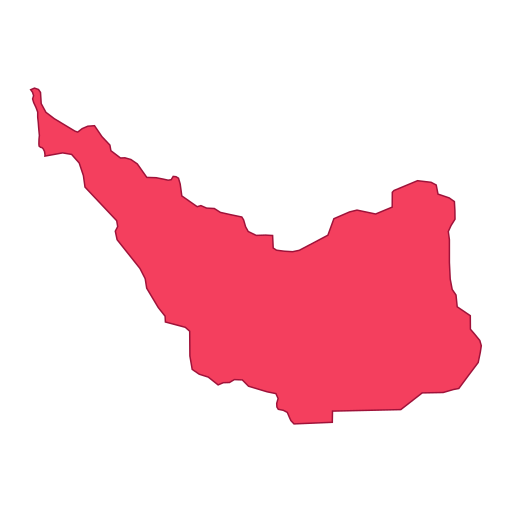 outline of Sarandí Grande, Florida, Uruguay
{"feature_id": "84410073B88525432493969", "entity_name": "Sarandí Grande", "entity_type": "district", "adm_level": 2, "iso_a3": "URY", "parent_name": "Uruguay", "parent_adm1": "Florida", "projection": "albers", "projection_center": [-56.374, -33.707], "detail": "fine", "context": "isolated", "style": "filled", "palette": "rose", "viewbox_px": 512, "rotation_deg": 0, "n_neighbors": 0, "source": "geoboundaries", "source_scale": "gbopen_adm2", "svg_char_len": 1859}
<svg xmlns="http://www.w3.org/2000/svg" viewBox="0 0 512 512"><path d="M30.7,89.7L32.5,92.2L33.6,95.7L32.6,98.9L33.7,102.6L36.0,107.5L37.7,112.1L37.7,116.0L37.7,117.2L38.3,122.8L38.6,127.1L39.0,131.5L39.3,134.7L39.4,135.2L39.0,139.3L38.9,144.1L39.1,146.1L40.6,147.3L42.0,147.6L43.2,148.8L44.5,151.4L45.0,154.7L44.9,156.1L62.6,152.9L71.6,154.4L79.2,163.0L83.4,175.6L85.0,187.1L116.7,220.7L117.7,226.6L115.3,231.2L117.1,239.7L140.0,268.5L145.2,278.7L146.7,288.2L158.3,307.6L165.1,316.2L165.4,322.0L185.3,327.3L189.7,331.2L189.9,356.0L192.2,369.4L199.2,374.2L208.3,377.1L218.1,384.9L223.3,382.7L229.5,382.5L234.3,379.6L242.3,379.9L248.5,386.2L267.1,391.8L275.9,393.6L278.1,398.5L276.7,403.4L276.9,407.0L278.3,409.3L283.3,410.3L287.3,412.4L289.6,417.8L290.9,420.6L294.0,423.9L332.3,422.3L332.5,411.1L400.8,409.6L422.2,392.9L443.2,392.5L453.5,389.5L458.8,388.5L469.1,374.6L478.2,362.5L480.3,352.3L481.3,345.7L479.8,340.5L474.6,334.1L470.4,329.2L470.3,315.7L457.2,306.8L456.0,295.0L452.2,289.5L450.2,279.0L449.4,262.5L449.4,239.7L448.3,231.5L451.0,225.6L455.0,219.2L454.9,210.6L454.4,201.6L449.2,197.9L438.0,194.1L436.2,185.0L431.1,182.3L417.5,180.7L394.0,190.5L392.3,192.3L392.2,207.1L375.6,214.0L357.0,210.1L349.6,211.9L333.9,218.7L327.9,235.2L299.3,250.3L292.6,251.7L284.3,251.2L276.5,250.2L273.2,248.0L272.6,235.5L265.5,235.1L256.2,235.4L248.2,231.5L245.6,226.8L243.6,219.9L241.8,217.0L230.3,214.6L220.4,212.4L214.3,208.5L206.6,208.1L200.9,205.6L197.2,206.7L181.8,195.9L180.2,184.1L178.5,178.2L176.0,176.7L173.2,176.4L171.2,179.7L168.2,180.2L163.3,179.1L156.1,177.7L146.8,177.4L137.3,163.9L130.9,159.5L124.9,157.8L120.5,158.0L110.9,150.7L109.9,145.1L101.9,136.6L94.5,125.7L87.8,126.2L82.2,128.6L77.7,132.1L74.9,131.1L67.4,126.6L54.3,118.7L45.9,112.3L41.2,103.6L40.5,92.4L38.5,89.5L34.5,88.1L30.7,89.7Z" fill="#f43f5e" stroke="#9f1239" stroke-width="1.5"/></svg>